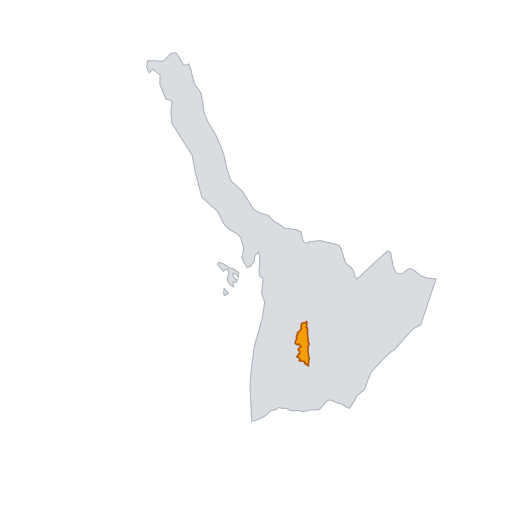 location of Habero, Anseba, Eritrea, rotated 204°
{"feature_id": "51966322B17309874943213", "entity_name": "Habero", "entity_type": "district", "adm_level": 2, "iso_a3": "ERI", "parent_name": "Eritrea", "parent_adm1": "Anseba", "projection": "albers", "projection_center": [38.311, 16.295], "detail": "fine", "context": "in_parent", "style": "filled", "palette": "amber", "viewbox_px": 512, "rotation_deg": 204, "n_neighbors": 0, "source": "geoboundaries", "source_scale": "gbopen_adm2", "svg_char_len": 7276}
<svg xmlns="http://www.w3.org/2000/svg" viewBox="0 0 512 512"><g transform="rotate(204 256 256)"><path d="M82.2,308.1L80.7,292.3L79.6,281.8L78.5,270.6L77.5,260.1L82.6,253.7L84.9,247.5L91.1,227.6L93.5,223.7L98.3,213.0L99.0,209.9L103.7,196.5L103.3,187.6L102.4,178.5L105.0,173.2L107.3,168.9L107.1,165.3L108.2,156.8L108.9,154.7L111.7,154.6L117.4,155.8L121.5,154.9L126.3,154.9L130.0,154.7L132.2,152.1L135.3,142.3L137.2,140.4L138.7,139.8L142.9,138.0L146.6,135.1L149.5,133.1L150.6,132.6L153.7,132.4L156.9,131.2L158.3,129.8L162.2,128.7L166.1,129.3L168.7,128.1L170.4,127.3L172.4,127.3L174.2,126.1L174.9,124.4L176.1,123.3L179.1,120.7L180.4,118.9L181.1,117.0L181.7,115.5L183.0,113.0L188.2,106.8L192.7,103.1L208.6,134.7L215.1,153.4L220.8,172.9L225.1,202.3L229.2,217.2L235.8,224.5L240.3,238.4L244.1,238.9L246.9,242.8L251.7,255.8L255.2,260.7L256.9,256.5L256.7,254.0L255.4,250.0L256.5,244.8L259.2,241.7L265.3,245.9L268.6,249.1L269.5,255.5L271.0,259.0L277.4,266.5L282.8,268.7L289.7,269.2L295.5,270.8L300.2,273.5L309.1,281.1L329.2,287.5L345.6,307.9L355.3,322.0L386.9,343.1L392.5,353.4L395.6,363.5L402.2,362.8L413.7,373.7L417.2,382.1L426.5,384.9L428.0,379.9L432.6,383.9L434.5,390.2L428.6,392.9L422.1,395.3L421.2,395.2L419.1,398.2L416.2,406.2L412.8,408.6L411.0,408.9L400.6,401.6L399.0,401.2L396.8,402.7L395.3,404.3L390.4,398.7L386.8,393.8L381.9,387.9L377.1,385.3L372.0,382.0L366.9,374.2L361.7,365.7L354.1,358.7L340.0,348.7L327.0,336.0L317.0,322.6L310.6,315.6L307.9,313.9L294.8,309.6L285.6,303.5L278.6,298.5L274.3,297.1L270.1,297.0L261.3,298.1L253.9,295.0L250.8,295.0L245.8,294.1L242.0,293.0L237.4,294.4L228.1,296.7L224.3,296.2L222.1,293.0L220.9,290.6L217.6,288.1L215.0,288.1L213.5,290.4L203.8,296.1L187.4,299.3L183.6,299.1L180.7,296.8L172.4,287.0L170.1,285.4L168.2,285.2L164.4,284.1L160.8,282.2L157.7,278.1L154.5,275.8L151.1,283.7L145.2,297.5L142.0,304.8L137.8,314.3L136.5,314.6L134.4,313.9L126.3,302.0L121.2,297.6L117.4,298.0L114.6,300.1L112.8,304.1L110.9,306.5L108.8,307.4L104.4,306.9L97.5,305.0L90.5,305.4L83.2,308.0L82.2,308.1ZM273.7,229.2L275.9,232.1L277.4,231.8L278.6,230.8L279.5,228.8L287.8,232.7L287.4,235.4L282.4,235.6L276.7,234.5L271.3,235.0L265.0,233.9L263.5,229.3L267.6,231.5L269.6,230.9L270.0,230.3L267.1,227.2L263.1,226.6L263.3,224.2L265.1,223.2L266.2,222.0L263.9,218.7L268.4,219.4L271.3,221.4L273.2,223.8L273.7,229.2ZM270.1,208.1L271.9,213.4L266.8,211.4L265.9,210.3L268.2,208.2L268.6,206.9L270.1,208.1Z" fill="#d9dde1" stroke="#a8b0b8" stroke-width="1"/><path d="M183.5,191.8L183.2,191.9L183.0,191.7L182.9,191.7L182.7,191.8L182.6,192.0L182.3,191.8L182.0,191.8L181.9,191.8L181.7,191.8L181.6,192.0L181.6,192.3L181.3,192.4L181.2,192.4L181.1,192.6L181.1,192.8L181.1,193.1L180.8,193.3L180.7,193.3L180.6,193.0L180.4,192.8L180.2,192.5L179.5,192.2L179.2,192.2L179.0,191.8L178.9,191.7L178.7,191.8L178.5,192.0L178.4,192.0L178.3,191.9L178.1,191.7L178.0,191.3L178.0,191.0L178.3,190.5L178.6,190.2L178.8,189.8L179.2,189.5L179.4,189.2L179.5,189.1L179.6,188.8L179.6,188.6L179.6,188.4L179.5,188.0L179.4,187.8L179.4,187.7L179.3,187.2L179.1,187.1L178.9,187.2L178.6,187.1L178.2,186.9L177.8,186.8L177.6,186.7L177.3,186.7L177.2,186.6L176.9,186.4L176.7,186.0L176.5,185.8L176.4,185.6L176.2,185.2L176.3,185.1L176.3,184.9L176.5,184.7L176.9,184.4L177.3,184.2L177.4,183.7L177.2,183.2L177.0,182.9L177.1,182.5L177.2,182.1L177.5,181.7L177.7,181.4L177.8,181.1L177.7,180.6L177.4,180.3L177.2,180.2L176.8,180.3L176.6,180.5L176.3,180.5L175.9,180.5L175.8,180.4L175.6,180.3L175.3,180.1L174.5,179.7L174.2,179.7L174.1,179.8L173.9,179.9L173.6,179.6L173.5,179.4L173.6,179.1L173.8,178.7L173.9,178.3L174.0,178.0L174.0,177.9L172.9,178.0L172.5,178.1L172.3,178.3L172.0,178.5L171.7,178.7L171.4,178.8L171.0,178.7L170.9,178.7L170.4,179.0L170.0,179.0L169.7,179.1L169.1,179.4L168.7,179.5L168.4,179.4L168.2,179.2L168.3,178.9L168.4,178.7L168.3,178.4L168.3,178.1L168.1,177.7L167.7,177.6L167.4,177.6L167.1,177.7L166.8,177.7L166.7,177.6L166.5,177.2L166.4,177.2L165.9,177.4L165.7,177.5L165.1,177.3L164.5,177.0L164.3,176.9L164.0,176.9L163.5,177.0L163.3,177.1L163.5,177.3L163.6,177.6L163.9,177.8L163.9,178.1L164.1,178.2L164.4,178.2L164.4,178.5L164.6,178.9L164.4,179.0L164.5,179.5L164.5,179.8L164.7,180.0L164.8,180.1L164.8,180.3L164.6,180.4L164.6,180.5L164.6,180.8L164.9,181.0L165.3,181.7L165.3,181.9L165.2,181.9L165.2,182.1L165.2,182.4L165.4,182.8L165.5,182.9L165.5,183.3L165.6,183.6L165.6,184.1L166.0,184.3L166.1,184.7L166.1,184.8L166.3,184.9L166.7,185.4L166.8,185.4L167.1,185.5L167.3,185.6L167.5,185.8L167.6,186.0L167.7,186.3L167.8,186.5L167.7,186.9L167.8,187.1L168.1,187.5L168.2,187.8L168.2,188.0L168.4,188.1L168.7,188.2L168.8,188.5L169.1,189.0L169.3,189.2L169.5,189.4L169.6,189.5L169.8,189.6L169.8,189.8L169.9,190.3L169.8,190.9L170.0,191.3L170.1,191.6L170.2,191.8L170.6,192.0L170.7,192.4L170.8,192.6L171.0,192.9L171.1,193.1L171.1,193.4L171.2,193.6L171.3,193.6L171.6,193.7L171.8,193.9L171.8,194.1L171.9,194.3L171.8,194.6L171.7,194.8L171.8,194.8L171.8,195.0L171.8,195.6L171.7,196.0L171.5,196.5L171.7,196.9L171.7,197.1L171.7,197.3L172.0,197.5L172.1,197.9L172.5,198.3L172.7,198.5L172.8,198.5L173.1,198.5L173.6,198.5L173.9,199.0L173.9,199.4L173.9,199.5L174.1,200.0L174.3,200.1L174.3,200.7L174.4,200.9L174.3,201.1L174.4,201.3L174.7,201.4L174.9,201.5L174.8,201.9L174.8,202.0L175.0,202.1L175.3,202.0L175.5,202.5L175.6,203.0L175.7,203.3L175.9,203.5L176.5,204.6L176.8,204.9L176.9,205.1L176.9,205.4L177.1,205.8L177.3,205.9L177.8,206.0L177.8,206.5L177.9,207.0L177.9,207.3L178.0,207.4L178.3,207.8L178.3,208.0L178.2,208.4L178.3,208.5L178.9,208.8L179.0,208.9L179.0,209.0L178.9,209.2L179.0,209.5L179.5,209.8L179.6,210.0L179.4,210.0L179.6,210.2L179.6,210.3L179.4,210.4L179.6,210.7L179.9,210.8L179.9,211.1L180.0,211.5L180.3,211.6L180.6,211.4L180.8,211.4L180.9,211.6L181.2,211.7L181.4,211.9L181.4,212.0L181.3,212.3L181.4,212.6L181.5,212.8L181.4,212.9L181.4,213.1L181.5,213.2L181.6,213.3L181.4,213.6L181.5,213.8L181.7,214.1L181.7,214.3L181.8,214.3L182.0,214.3L182.4,214.8L182.3,215.0L182.4,215.3L182.5,215.4L182.4,215.5L182.3,215.8L182.5,215.9L182.8,216.0L182.8,216.3L183.0,216.4L183.1,216.6L183.3,216.7L183.5,216.5L183.6,216.3L183.9,215.3L184.1,214.8L184.2,214.7L184.5,214.5L185.2,214.2L185.4,214.2L185.8,213.9L186.1,213.8L186.5,213.5L186.7,213.3L186.8,213.0L186.8,212.7L186.9,212.3L186.8,212.0L186.6,211.8L186.5,211.6L186.5,211.4L186.6,211.1L186.6,210.8L186.5,210.7L186.4,210.8L186.2,210.6L185.7,210.2L185.7,209.6L185.7,209.0L185.6,208.6L185.7,208.4L185.3,208.2L185.1,207.9L184.8,207.9L184.7,207.9L184.8,207.7L185.0,207.4L185.3,206.8L185.4,206.7L185.4,206.4L185.3,206.1L185.4,205.8L185.4,205.7L185.7,205.6L185.8,205.5L185.8,205.4L185.7,205.3L185.7,205.2L186.0,204.6L186.1,204.0L186.2,203.7L186.3,203.6L186.5,203.5L186.8,203.3L186.9,203.0L187.0,202.8L187.0,202.6L186.8,202.4L186.5,202.1L186.2,202.0L186.2,201.9L186.1,201.7L186.4,201.3L186.4,201.1L186.4,200.9L186.1,200.6L186.1,200.3L186.3,200.1L186.6,199.9L186.6,199.6L186.6,199.3L186.6,199.1L186.5,198.7L186.3,198.5L186.1,198.5L185.5,198.4L185.4,198.4L185.2,198.0L185.2,197.4L185.3,196.5L185.1,196.3L185.2,196.2L185.4,195.9L185.4,195.7L185.0,195.0L185.0,194.8L185.1,194.4L185.3,194.2L185.3,193.8L185.1,193.6L185.0,193.4L185.0,193.2L185.0,192.9L184.9,192.6L184.6,192.5L184.4,192.1L184.4,191.9L184.2,191.8L183.9,191.9L183.5,191.8L183.5,191.8Z" fill="#f59e0b" stroke="#b45309" stroke-width="1.5"/></g></svg>